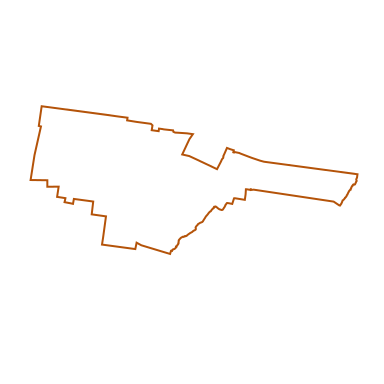 outline of Bacalar, Quintana Roo, Mexico, rotated 8°
{"feature_id": "50627088B87487449340620", "entity_name": "Bacalar", "entity_type": "district", "adm_level": 2, "iso_a3": "MEX", "parent_name": "Mexico", "parent_adm1": "Quintana Roo", "projection": "orthographic", "projection_center": [-88.163, 18.929], "detail": "fine", "context": "isolated", "style": "outline", "palette": "amber", "viewbox_px": 384, "rotation_deg": 8, "n_neighbors": 0, "source": "geoboundaries", "source_scale": "gbopen_adm2", "svg_char_len": 5232}
<svg xmlns="http://www.w3.org/2000/svg" viewBox="0 0 384 384"><g transform="rotate(8 192 192)"><path d="M30.5,202.6L47.1,200.5L48.0,206.9L59.2,205.3L59.1,215.6L67.5,215.7L67.5,216.2L67.2,219.8L73.5,220.1L75.8,220.3L76.0,215.3L93.0,215.2L95.5,215.2L95.8,228.1L109.1,228.1L110.2,228.1L110.3,249.3L110.2,256.6L143.8,256.4L144.2,249.9L149.2,251.8L178.9,256.4L179.4,253.2L180.4,253.1L180.4,252.9L180.5,252.6L180.4,252.4L180.5,252.3L180.6,252.2L180.9,252.0L181.1,251.8L181.2,251.7L181.3,251.6L181.3,251.4L182.4,250.9L182.5,250.9L182.7,250.7L182.9,250.5L183.0,250.4L183.2,250.1L183.6,249.6L183.8,249.2L184.0,249.0L184.1,248.9L184.0,248.7L183.7,248.5L183.7,248.4L183.8,248.4L184.0,248.1L184.3,247.7L184.5,247.6L184.7,247.3L184.8,247.0L184.8,246.8L185.0,246.5L185.1,246.4L185.3,245.8L185.5,245.7L185.6,245.4L185.8,244.9L185.8,244.7L185.8,244.4L185.6,244.3L185.7,243.3L185.7,242.9L185.6,242.7L185.6,242.4L185.7,242.1L185.6,241.8L185.7,241.6L185.7,241.4L185.8,241.3L186.1,240.8L186.3,240.5L186.3,240.4L186.5,240.2L186.9,239.6L187.0,239.4L187.3,239.1L187.4,238.9L187.5,238.8L188.0,238.5L188.9,237.7L189.4,237.5L189.9,237.4L190.0,237.5L190.1,237.4L190.4,237.3L190.5,237.3L190.6,237.2L190.9,236.9L191.0,236.7L191.3,236.5L191.5,236.5L191.8,236.7L192.0,236.6L192.3,236.4L192.7,236.2L193.0,235.9L193.1,235.7L193.3,235.4L193.6,235.1L193.8,234.9L194.1,234.6L194.7,234.0L195.2,233.6L195.6,233.2L195.9,232.9L196.3,232.6L197.0,232.1L197.3,231.9L197.8,231.5L198.1,231.1L198.5,230.6L198.7,230.4L199.3,229.9L199.9,229.6L200.7,228.9L200.9,228.6L200.9,228.3L200.9,228.0L200.8,227.4L200.5,226.9L200.6,226.5L200.6,226.2L200.8,225.8L201.0,225.4L201.2,225.0L201.8,224.2L202.0,224.0L202.0,223.9L202.2,223.6L202.3,223.2L202.5,222.9L203.0,222.5L203.3,222.3L203.4,222.2L203.6,222.1L204.1,221.6L204.6,221.2L205.3,220.9L206.1,220.4L206.3,220.3L206.5,220.1L206.7,219.7L207.0,219.3L207.2,218.6L207.8,217.4L207.9,217.1L208.0,216.9L208.5,215.9L208.6,215.6L208.8,215.2L209.0,214.6L209.1,214.4L209.2,214.2L209.4,213.9L209.6,213.7L209.9,213.1L210.3,212.6L210.6,212.1L210.8,211.7L211.0,211.4L211.4,210.5L211.6,210.3L212.2,209.3L212.7,208.8L212.8,208.7L213.0,208.7L213.5,208.1L213.7,207.5L213.8,207.4L213.9,207.1L214.3,206.4L214.5,206.2L214.9,205.8L214.9,205.6L215.0,205.5L215.2,205.3L215.3,205.0L215.4,204.9L215.5,204.8L215.8,204.8L215.9,204.6L215.8,204.4L215.8,204.0L215.8,203.9L215.9,203.6L216.0,203.5L216.3,203.4L216.5,203.4L216.8,203.4L217.0,203.4L217.2,203.1L217.3,203.1L217.6,203.1L218.1,203.5L218.3,203.5L219.2,204.0L219.7,204.4L220.5,204.8L221.1,205.1L221.3,205.2L221.6,205.3L222.1,205.4L222.6,205.5L223.0,205.5L223.3,205.6L223.7,205.7L224.0,205.7L224.5,205.5L224.7,205.4L224.9,205.2L225.0,205.1L225.1,204.9L225.6,203.8L225.8,203.4L225.9,203.1L226.1,202.8L226.4,202.2L226.5,201.9L226.5,201.7L226.8,201.1L226.8,200.8L226.8,200.6L227.1,200.1L227.1,199.8L227.6,199.1L227.8,198.6L228.0,198.2L228.3,198.0L230.2,198.0L233.5,198.2L234.5,192.4L235.3,192.2L245.4,192.4L245.4,186.9L245.0,181.8L245.9,181.7L249.6,181.8L249.7,181.1L250.0,181.1L250.1,181.8L252.7,181.1L333.6,181.8L339.8,184.8L340.5,184.8L340.7,184.3L340.7,184.2L340.8,184.0L340.8,183.9L340.9,183.7L341.0,183.7L341.1,183.4L341.3,183.2L341.4,182.9L341.5,182.8L341.5,182.7L341.7,182.0L341.9,181.6L342.0,181.1L342.0,180.8L342.1,180.6L342.2,180.2L342.3,179.4L342.7,179.1L342.9,178.9L343.1,178.7L343.4,178.3L343.4,178.2L343.5,178.1L343.7,177.8L343.8,177.7L344.0,177.3L344.1,177.1L344.2,176.9L344.3,176.8L344.3,176.6L344.5,176.5L344.6,176.3L344.6,176.2L344.8,176.0L344.9,175.8L344.9,175.7L345.0,175.6L345.2,175.4L345.3,175.2L345.6,174.5L345.7,174.3L345.7,173.8L345.8,173.5L346.0,173.3L346.1,173.1L346.3,172.9L346.3,172.7L346.4,172.3L346.4,172.2L346.5,172.0L346.6,171.7L346.7,171.2L346.8,171.0L346.9,170.6L347.1,170.4L347.2,169.8L347.4,169.3L347.5,169.1L347.7,168.8L347.7,168.7L347.9,168.5L348.0,168.4L348.3,168.0L348.3,167.9L348.5,167.8L348.7,167.6L348.7,167.4L348.8,167.4L348.8,167.2L348.8,166.9L348.9,166.7L348.9,166.4L349.1,166.2L349.1,165.6L349.1,165.4L349.2,165.2L349.3,165.0L349.4,164.6L349.6,164.4L349.7,163.9L350.0,163.7L350.0,163.3L350.1,163.2L350.3,163.1L350.3,162.9L350.4,162.6L350.5,162.6L350.7,162.4L350.9,162.0L351.1,162.0L351.9,162.1L352.1,162.0L352.2,161.8L352.4,161.6L352.4,161.4L352.5,161.2L352.6,160.9L352.7,160.6L352.8,160.4L352.8,160.1L352.9,159.7L353.0,159.6L353.0,159.4L353.0,159.2L353.2,158.8L353.3,158.7L353.5,158.3L353.5,158.2L353.4,158.0L353.4,157.9L353.4,157.7L353.1,157.3L353.0,157.1L352.9,156.7L353.0,156.1L353.1,155.8L353.2,155.6L353.2,155.4L353.4,154.7L353.4,153.9L353.4,152.9L353.4,152.6L353.4,152.3L353.4,151.4L259.1,152.0L255.1,151.5L246.6,149.9L243.0,149.1L234.7,147.2L233.4,146.8L228.6,146.5L228.3,147.0L227.7,147.0L227.6,146.8L227.4,146.8L227.6,144.9L223.5,144.2L220.5,143.5L219.0,148.9L218.0,152.2L218.2,152.6L218.1,154.0L217.2,155.3L216.6,157.2L216.6,157.4L213.6,165.9L198.0,161.0L196.3,160.5L194.5,159.9L184.3,156.8L177.1,156.2L180.2,146.1L182.1,140.0L184.8,134.6L178.9,134.6L170.6,135.2L167.0,135.5L165.2,135.0L164.7,133.6L155.5,133.9L154.0,133.8L150.5,133.8L150.5,136.4L143.5,136.4L143.6,131.5L141.8,130.2L127.4,130.3L117.8,130.1L117.8,127.4L108.5,127.5L97.7,127.5L31.2,128.0L31.1,147.9L33.3,148.1L30.9,177.4L30.5,202.6Z" fill="none" stroke="#b45309" stroke-width="2"/></g></svg>